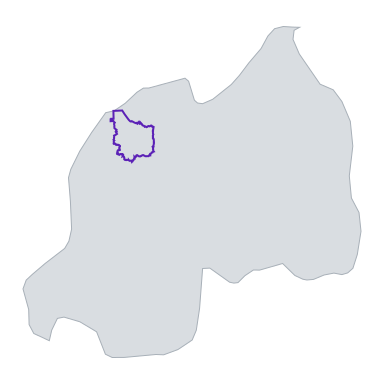 Nyabihu, Western, Rwanda (highlighted)
{"feature_id": "39286606B61881490568352", "entity_name": "Nyabihu", "entity_type": "district", "adm_level": 2, "iso_a3": "RWA", "parent_name": "Rwanda", "parent_adm1": "Western", "projection": "robinson", "projection_center": [29.504, -1.642], "detail": "fine", "context": "in_parent", "style": "outline", "palette": "violet", "viewbox_px": 384, "rotation_deg": 0, "n_neighbors": 0, "source": "geoboundaries", "source_scale": "gbopen_adm2", "svg_char_len": 6207}
<svg xmlns="http://www.w3.org/2000/svg" viewBox="0 0 384 384"><path d="M143.4,88.1L148.9,88.0L185.0,78.2L188.6,81.2L194.4,100.2L197.5,103.0L202.6,103.7L212.7,99.3L231.3,84.5L239.4,75.4L248.9,62.8L261.1,48.5L267.9,36.0L274.6,28.7L283.3,26.5L292.9,27.1L299.6,27.3L294.1,30.3L293.0,39.4L299.3,54.0L320.1,84.2L333.2,89.8L341.9,101.5L350.3,121.3L352.8,146.1L349.3,175.9L351.4,198.0L359.0,212.5L361.0,231.3L357.3,254.5L352.9,268.3L347.7,272.9L341.9,274.6L333.9,273.1L324.1,275.0L313.5,279.4L306.9,280.0L302.8,279.2L294.9,275.5L282.6,263.5L259.6,270.1L253.4,270.0L244.9,275.7L238.0,282.6L233.9,283.1L229.6,282.2L209.8,268.1L202.6,268.5L199.6,308.2L196.3,330.2L192.2,340.0L178.0,349.5L163.7,354.8L155.9,354.5L124.5,357.4L112.2,357.5L105.4,354.2L96.6,331.8L79.9,321.8L64.0,317.1L57.4,318.4L51.7,330.2L49.3,340.7L33.8,333.5L29.1,324.6L28.7,309.5L23.0,288.9L26.2,280.1L32.3,274.4L45.1,263.5L64.7,248.4L68.9,241.2L71.6,229.2L70.4,201.2L68.5,177.7L70.8,169.3L79.8,151.1L91.7,132.4L105.7,112.7L114.1,110.8L125.2,103.3L136.9,92.3L143.4,88.1Z" fill="#d9dde1" stroke="#a8b0b8" stroke-width="1"/><path d="M119.6,154.6L120.5,154.0L120.9,154.0L121.1,154.2L121.3,154.1L121.5,154.3L121.7,154.1L122.1,154.1L122.3,154.0L122.5,154.0L122.7,154.3L123.2,154.7L123.2,154.9L123.0,155.2L122.7,155.6L122.7,156.0L122.6,156.3L122.8,156.2L123.0,156.1L123.3,156.1L123.5,156.4L123.6,156.7L123.9,156.9L124.0,156.9L124.2,157.3L124.3,157.6L124.2,157.9L124.4,158.6L124.2,159.2L124.3,159.4L124.9,159.9L125.3,159.9L125.6,160.0L125.7,159.9L126.0,159.8L126.4,160.0L126.5,159.9L126.8,159.9L127.0,160.0L127.6,159.8L127.8,159.9L128.1,160.0L128.5,160.0L128.8,160.1L128.9,160.3L128.9,160.2L129.2,160.6L129.5,160.6L129.7,160.8L129.9,160.7L130.0,160.7L130.5,160.7L130.9,160.6L131.1,160.6L131.1,160.9L131.3,161.1L131.5,161.3L131.8,161.9L132.0,161.6L132.5,161.4L132.6,160.9L132.7,160.7L132.8,160.7L133.0,160.1L133.4,160.0L133.5,160.0L133.7,159.8L133.8,159.1L134.1,158.6L134.3,158.6L134.2,158.4L134.2,158.2L134.4,158.1L134.5,158.1L134.6,157.7L134.5,156.9L134.6,157.0L134.8,156.9L135.0,156.9L135.2,157.2L135.3,157.0L135.5,157.1L135.7,156.8L135.8,156.7L136.0,156.6L136.0,156.2L136.1,155.9L136.3,155.6L136.7,155.6L136.8,155.5L136.8,155.2L137.1,155.1L137.4,155.3L137.8,155.5L138.4,156.2L138.8,156.2L139.3,156.3L139.6,156.4L140.0,156.5L140.3,156.2L141.1,156.1L141.4,155.8L141.4,155.7L141.6,155.6L142.1,155.5L142.4,155.2L142.8,155.1L143.1,155.1L143.5,155.1L143.9,155.5L144.0,155.6L144.7,155.8L145.2,156.2L145.3,156.2L145.6,156.2L146.3,156.3L146.7,156.1L147.0,156.1L147.3,156.2L148.1,156.1L148.4,156.2L148.5,156.2L148.8,155.9L149.1,155.4L149.5,155.6L150.0,155.5L149.9,155.3L150.1,155.2L150.1,154.9L150.3,154.9L150.3,154.7L150.3,154.4L150.0,154.2L150.1,153.9L150.3,153.9L150.6,153.8L150.9,153.5L151.2,153.4L151.4,153.1L151.6,153.0L151.7,152.6L151.8,152.6L152.0,152.4L152.3,152.3L152.4,152.1L152.6,152.0L152.8,152.1L153.0,151.8L153.4,151.6L153.8,151.5L153.5,151.1L153.2,151.0L153.2,150.7L153.2,150.2L153.1,149.8L153.2,149.5L153.2,149.3L153.0,149.1L153.1,148.7L153.1,148.3L153.0,148.0L153.1,147.7L153.0,147.4L153.1,147.2L152.8,147.2L152.7,147.0L152.8,146.9L152.7,146.7L152.9,146.6L153.0,146.3L153.5,146.3L153.4,145.7L153.5,145.5L153.6,144.9L153.7,144.5L153.8,144.1L153.9,143.6L153.8,143.3L154.0,142.9L154.0,142.7L153.8,142.5L153.8,141.9L153.9,141.6L153.8,141.3L153.9,141.1L153.8,140.4L153.8,139.8L153.7,139.6L153.7,139.4L153.6,139.1L153.6,138.8L153.3,138.4L153.0,138.5L152.9,138.3L153.0,138.1L153.0,137.7L152.9,137.6L152.9,137.4L153.0,137.2L152.9,136.8L153.0,136.5L153.0,136.3L152.9,136.1L153.0,135.9L152.9,135.6L153.0,135.5L153.0,135.2L153.3,134.4L153.2,134.3L153.0,133.8L153.1,133.7L153.0,132.7L152.9,132.3L152.9,132.0L153.0,131.7L152.9,131.6L153.0,131.4L152.9,131.0L153.1,130.5L153.1,130.3L152.9,130.1L153.3,129.1L153.3,128.5L153.3,128.0L153.2,127.8L153.5,127.7L153.6,126.9L152.7,126.5L152.2,126.7L151.9,126.3L151.7,125.7L151.4,125.5L151.0,125.5L150.9,125.7L150.8,125.8L150.3,126.1L149.6,126.1L149.4,126.3L148.7,126.0L148.3,126.1L147.8,126.3L147.5,126.6L147.4,126.8L147.1,126.8L146.6,127.1L146.3,126.8L145.9,126.8L145.7,126.7L144.9,126.8L144.9,126.5L144.7,126.4L144.7,126.2L144.2,126.1L143.9,125.8L143.3,125.7L143.2,125.6L142.8,125.3L142.4,125.3L142.3,125.2L142.2,124.7L141.9,124.3L141.9,124.1L140.5,122.6L140.5,122.8L140.3,122.7L140.1,122.9L140.0,123.2L139.9,123.1L140.0,123.7L139.8,123.9L139.5,123.8L139.3,123.7L139.2,123.3L139.1,123.2L139.0,122.4L138.7,122.2L138.2,122.9L137.6,123.0L137.3,122.8L137.0,123.1L137.0,123.5L136.6,123.3L136.5,123.0L136.4,122.9L136.1,123.0L135.5,123.1L135.3,123.0L135.0,122.8L134.0,122.4L133.8,122.2L131.9,121.2L131.7,121.5L131.2,121.4L130.8,121.5L130.4,121.4L130.1,121.2L128.8,119.9L127.9,118.7L124.6,114.2L122.2,110.5L113.4,110.9L113.6,118.7L111.2,118.8L111.2,119.4L110.6,119.4L110.6,121.2L111.8,121.1L111.8,120.7L113.0,120.6L113.4,120.9L113.5,121.2L113.6,121.6L114.8,122.6L114.1,123.7L114.1,124.0L114.1,124.4L114.3,125.0L114.4,125.4L114.4,126.2L114.3,126.3L114.3,126.7L114.4,127.3L114.4,128.1L114.5,128.2L114.7,128.4L116.4,129.7L116.0,130.1L116.2,130.7L116.3,130.9L116.5,131.0L116.5,131.3L116.7,131.6L115.8,131.9L116.0,132.4L117.0,133.9L115.7,134.8L114.0,135.6L114.2,136.5L114.2,137.0L114.0,137.7L114.1,137.9L114.1,138.5L114.0,138.8L113.9,139.4L113.6,139.6L113.9,140.2L113.9,140.6L114.1,140.7L113.7,141.1L113.8,141.7L113.8,141.9L113.9,142.2L113.7,143.0L113.6,143.5L113.7,143.8L113.9,143.9L114.3,143.6L114.5,143.6L114.9,143.7L115.1,143.6L115.4,143.8L115.5,144.3L115.7,144.6L115.9,144.6L116.3,144.9L116.7,144.6L116.9,144.7L117.4,144.7L117.6,144.9L117.9,144.8L118.1,145.0L118.3,145.1L118.6,145.0L118.8,144.9L119.0,145.0L119.5,145.5L120.0,145.9L120.0,146.2L119.8,146.2L119.7,146.4L119.8,146.6L119.6,146.8L119.5,147.2L119.4,147.3L119.3,147.9L119.2,148.0L119.2,148.3L119.3,148.6L119.8,149.2L119.6,149.5L119.7,150.1L118.8,150.3L118.7,150.2L118.2,150.1L117.7,150.5L117.6,151.0L117.4,151.4L117.5,151.6L117.5,151.9L117.6,152.1L117.4,152.2L117.4,152.3L117.1,152.9L117.4,153.1L117.2,153.2L117.1,153.5L117.2,154.0L117.4,154.0L117.4,153.9L117.5,153.9L117.5,154.0L117.8,154.2L118.0,154.4L118.4,154.5L118.6,154.4L118.8,154.5L118.8,154.4L119.0,154.4L119.1,154.7L119.4,154.7L119.5,154.7L119.6,154.6Z" fill="none" stroke="#5b21b6" stroke-width="2"/></svg>